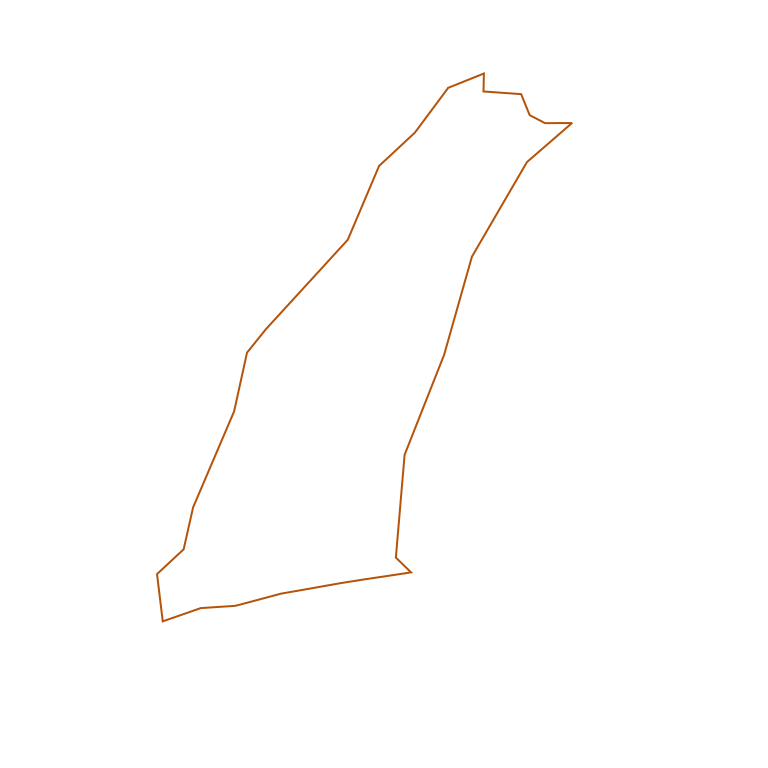 the district of Argalant, Töv, Mongolia, rotated 305°
{"feature_id": "93677404B1457855182850", "entity_name": "Argalant", "entity_type": "district", "adm_level": 2, "iso_a3": "MNG", "parent_name": "Mongolia", "parent_adm1": "Töv", "projection": "natural_earth1", "projection_center": [106.17, 47.852], "detail": "fine", "context": "isolated", "style": "outline", "palette": "amber", "viewbox_px": 768, "rotation_deg": 305, "n_neighbors": 0, "source": "geoboundaries", "source_scale": "gbopen_adm2", "svg_char_len": 607}
<svg xmlns="http://www.w3.org/2000/svg" viewBox="0 0 768 768"><g transform="rotate(305 384 384)"><path d="M705.2,388.2L705.3,388.0L705.0,387.5L690.0,366.2L687.8,349.1L700.1,330.1L680.7,297.7L693.9,288.9L694.6,288.4L695.6,287.7L663.6,266.8L663.3,266.6L662.7,266.7L607.6,265.1L559.8,254.9L481.4,271.6L361.0,255.8L331.1,253.8L275.7,276.9L173.4,298.4L133.7,314.7L98.1,307.1L62.7,338.9L95.3,362.4L116.8,389.2L117.3,389.7L153.2,419.9L196.3,463.0L213.0,480.3L229.0,497.2L245.2,514.2L248.6,493.3L337.8,441.5L442.4,416.5L538.7,383.0L647.8,373.8L705.2,388.2Z" fill="none" stroke="#b45309" stroke-width="2"/></g></svg>